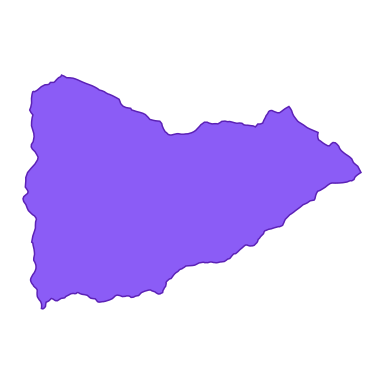 Patakla, Chirang, Bhutan
{"feature_id": "84629894B80971974621988", "entity_name": "Patakla", "entity_type": "district", "adm_level": 2, "iso_a3": "BTN", "parent_name": "Bhutan", "parent_adm1": "Chirang", "projection": "albers", "projection_center": [90.14, 27.135], "detail": "fine", "context": "isolated", "style": "filled", "palette": "violet", "viewbox_px": 384, "rotation_deg": 0, "n_neighbors": 0, "source": "geoboundaries", "source_scale": "gbopen_adm2", "svg_char_len": 5513}
<svg xmlns="http://www.w3.org/2000/svg" viewBox="0 0 384 384"><path d="M33.6,91.4L32.7,91.9L32.0,94.7L31.5,98.4L31.6,103.2L30.8,107.0L29.7,110.0L31.0,112.5L32.9,114.9L32.1,117.9L31.6,121.8L31.5,125.8L32.5,129.1L33.8,133.4L34.1,136.7L33.2,141.6L31.4,144.5L31.3,146.0L31.2,146.9L32.4,149.1L35.1,151.8L36.7,154.5L38.1,157.1L37.6,159.7L34.9,164.1L31.0,168.4L27.6,172.5L25.8,177.5L25.8,180.8L25.3,187.1L26.2,188.3L27.6,190.4L28.1,191.8L27.6,193.4L26.0,194.7L23.8,196.6L23.0,198.8L23.7,201.5L25.9,204.6L27.3,208.3L28.4,210.6L30.7,212.9L32.5,214.6L34.5,215.9L35.9,217.8L36.4,219.3L35.6,221.9L35.4,225.3L35.4,228.2L34.4,231.4L32.8,236.1L31.7,242.2L32.8,243.0L33.0,244.4L33.1,245.3L33.3,246.0L33.7,247.8L34.0,249.0L34.3,251.2L34.4,252.1L34.5,253.5L34.5,254.6L34.3,255.6L33.9,257.4L33.8,258.3L33.7,259.2L33.8,260.4L34.4,261.5L34.9,262.3L35.4,263.7L35.8,264.8L36.0,266.0L36.0,267.2L36.0,268.3L35.3,270.6L35.0,271.2L34.3,272.6L33.6,273.6L32.9,274.5L31.8,276.5L31.2,277.6L30.6,279.2L30.6,280.5L30.9,281.5L31.6,283.0L32.5,284.3L33.2,285.1L33.6,286.0L34.9,287.3L35.9,288.1L37.1,289.6L37.2,290.6L37.2,291.3L37.1,292.5L37.1,294.5L37.3,296.3L37.5,297.0L38.4,298.5L38.8,299.1L39.5,300.2L40.1,300.8L40.5,301.4L40.9,302.1L41.5,303.9L41.6,304.8L41.6,305.8L41.6,307.0L41.4,308.5L42.9,308.9L44.5,307.8L45.5,306.4L45.7,304.2L46.1,302.2L47.8,301.5L49.2,300.6L50.6,299.1L51.3,298.5L53.1,299.1L54.8,300.3L55.7,300.7L57.5,300.7L58.5,300.0L59.7,299.3L61.1,298.4L63.2,298.1L64.7,297.8L65.8,296.5L67.5,295.6L69.1,294.8L70.8,293.8L73.1,293.4L74.9,293.7L76.1,293.5L77.1,292.6L78.3,292.6L80.0,293.6L82.1,294.3L84.9,294.7L87.3,295.3L89.6,297.4L90.8,298.2L92.9,298.6L95.2,298.8L96.1,299.8L97.5,301.6L98.3,302.0L99.7,302.1L102.2,301.7L103.7,301.6L105.5,301.2L109.6,299.9L112.2,298.7L113.5,297.6L115.0,296.1L115.9,295.5L117.3,295.1L120.0,295.6L122.4,296.6L125.5,296.3L126.5,295.9L128.5,295.9L129.8,296.3L131.1,297.4L132.4,297.3L133.6,297.1L135.3,296.2L137.0,295.8L138.4,295.6L139.2,295.0L140.6,293.4L141.6,292.5L144.7,291.2L148.6,290.1L149.9,290.0L150.6,290.0L151.6,290.7L153.0,291.2L155.0,291.9L156.4,293.0L158.3,294.0L160.0,293.9L161.2,293.2L162.6,292.6L162.8,291.9L162.9,290.6L163.7,289.4L164.1,288.4L164.8,287.3L165.6,286.4L165.9,285.0L166.2,283.5L166.0,282.5L166.8,281.3L168.0,280.2L169.5,278.9L170.9,278.6L171.5,278.0L172.5,276.6L173.6,275.1L174.6,273.9L176.1,272.6L177.4,271.8L178.4,271.0L179.3,269.9L180.4,269.2L181.7,268.9L183.2,267.9L184.5,267.1L185.7,266.1L186.8,265.9L189.5,265.7L191.3,265.6L192.7,265.5L193.8,265.3L194.8,265.1L196.5,264.3L198.5,263.2L199.2,262.9L200.5,262.7L201.6,262.5L202.7,262.3L203.9,262.3L204.8,262.7L206.3,262.6L207.8,262.7L210.0,262.0L211.6,262.0L213.5,262.5L214.9,262.6L216.2,262.8L217.8,262.6L220.0,262.0L221.4,261.9L224.3,261.5L226.3,260.2L227.5,259.2L229.7,258.5L230.3,257.9L231.9,255.8L233.6,253.9L235.7,253.6L237.6,252.0L240.1,249.5L242.1,247.9L244.2,246.0L245.4,245.1L247.0,245.0L248.1,245.5L250.0,246.0L251.0,245.9L252.7,245.8L254.2,245.3L256.9,242.6L257.6,241.4L258.2,239.4L259.4,238.3L260.6,236.6L261.5,235.7L262.7,234.5L263.5,233.7L264.2,231.6L265.0,230.7L266.3,230.3L268.6,229.3L271.3,228.8L273.9,227.9L278.2,226.7L279.6,226.7L281.5,225.9L282.6,225.3L284.0,222.3L284.4,221.2L285.3,219.3L287.5,217.1L289.8,214.7L291.3,213.8L293.7,212.1L294.9,211.1L296.2,210.1L300.0,207.3L303.1,204.7L305.5,203.7L307.4,202.8L308.9,201.7L310.2,200.8L311.3,200.6L314.1,200.1L314.6,199.4L315.0,198.5L315.4,196.7L315.8,195.1L316.4,193.5L317.6,191.3L320.2,190.3L323.2,188.5L325.1,187.3L326.3,186.3L327.8,185.1L330.0,183.6L331.9,183.0L335.2,183.1L338.7,183.0L342.8,182.7L347.0,182.0L350.1,180.7L351.8,180.8L354.0,179.5L354.8,177.4L356.1,176.0L357.3,175.0L358.4,174.2L359.4,173.5L360.0,173.1L361.0,172.5L357.8,166.3L355.0,164.0L353.4,162.5L351.7,158.8L349.6,156.9L347.3,155.3L345.6,154.2L343.5,152.6L341.2,150.6L339.6,148.4L338.8,146.3L337.2,144.4L335.3,142.8L333.0,142.5L331.4,143.6L329.4,145.8L327.8,145.8L324.7,144.1L322.6,142.7L320.7,141.2L318.5,139.7L317.9,137.8L317.6,135.4L318.1,132.5L316.0,131.6L313.4,130.5L309.7,128.9L307.1,127.6L303.4,124.9L299.0,122.2L297.6,121.1L295.4,118.2L293.9,116.2L292.7,113.9L291.6,110.6L290.3,108.3L288.9,106.5L285.2,108.6L283.3,110.0L281.2,111.6L279.6,112.7L277.6,112.8L274.3,111.6L271.9,110.5L270.5,110.6L269.6,110.9L268.6,111.7L267.7,113.6L266.1,115.7L265.3,117.6L263.8,120.4L262.7,123.1L260.3,124.0L257.8,124.0L256.5,125.6L255.4,126.9L253.1,125.9L249.7,125.5L247.6,125.2L245.9,125.2L244.0,124.9L242.0,123.3L239.6,123.0L236.9,123.3L234.7,122.8L231.8,122.0L229.7,121.5L227.7,121.7L225.0,121.1L221.7,121.4L220.3,122.5L217.8,123.9L216.4,123.7L214.5,123.7L212.1,123.9L209.1,123.1L207.2,122.2L204.4,122.2L202.8,123.4L200.9,124.7L199.5,126.4L195.7,130.4L193.8,131.7L191.7,132.7L188.0,133.8L185.9,133.9L183.7,134.2L181.2,134.2L178.5,133.7L177.0,133.7L173.8,134.4L171.5,135.0L170.0,135.0L168.3,134.5L166.4,132.6L165.2,131.8L163.6,129.1L162.3,126.1L161.7,123.5L159.8,121.2L155.7,120.8L153.2,120.3L149.8,119.4L148.2,117.4L145.4,114.6L142.9,113.3L140.0,112.4L136.5,111.5L134.1,110.7L131.6,109.9L130.7,108.3L128.5,108.0L125.8,107.5L124.6,106.9L123.3,106.4L121.4,104.5L120.6,103.3L120.0,101.5L119.1,99.3L116.7,97.9L112.5,95.7L109.5,94.4L107.9,93.9L106.2,93.0L104.3,91.7L101.9,90.7L99.3,90.0L97.7,88.7L94.9,87.1L92.0,85.7L85.8,83.4L82.4,82.0L77.8,79.9L75.3,78.9L73.1,78.2L69.8,77.8L66.6,77.7L64.0,76.1L61.5,75.1L60.8,76.6L58.6,77.7L56.6,79.6L54.4,82.1L53.4,82.4L50.4,82.4L49.2,84.0L47.9,84.6L44.9,84.8L41.3,86.7L37.4,90.1L34.7,91.7L33.6,91.4Z" fill="#8b5cf6" stroke="#5b21b6" stroke-width="1.5"/></svg>